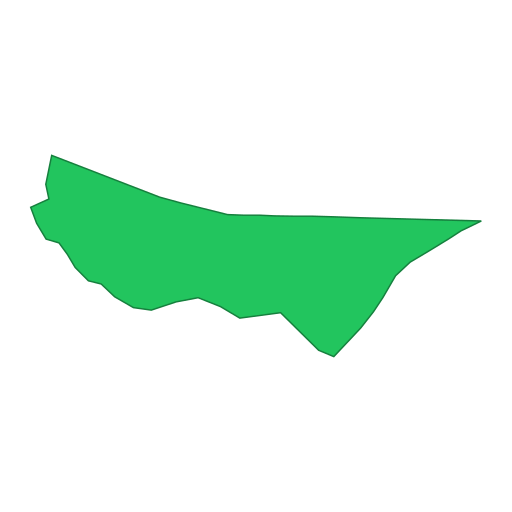 outline of General Maynard, Sergipe, Brazil
{"feature_id": "56859067B22941727243395", "entity_name": "General Maynard", "entity_type": "district", "adm_level": 2, "iso_a3": "BRA", "parent_name": "Brazil", "parent_adm1": "Sergipe", "projection": "robinson", "projection_center": [-36.973, -10.693], "detail": "fine", "context": "isolated", "style": "filled", "palette": "green", "viewbox_px": 512, "rotation_deg": 0, "n_neighbors": 0, "source": "geoboundaries", "source_scale": "gbopen_adm2", "svg_char_len": 613}
<svg xmlns="http://www.w3.org/2000/svg" viewBox="0 0 512 512"><path d="M51.7,155.4L45.8,184.3L48.9,199.0L30.7,207.3L36.6,223.2L46.1,239.1L59.0,242.9L67.4,254.4L75.2,267.5L88.4,280.8L101.2,284.0L114.7,296.8L133.4,307.6L151.3,310.1L176.0,301.9L198.1,297.7L220.5,306.6L239.8,318.1L280.6,312.7L318.7,350.3L333.8,356.6L360.7,328.0L373.5,311.7L382.8,297.7L395.6,275.7L410.2,262.1L429.5,250.6L448.8,238.8L461.1,230.8L481.3,221.0L361.8,217.8L332.7,216.8L311.7,216.2L293.8,216.2L274.5,215.9L259.4,215.2L243.4,215.2L227.5,214.6L180.2,202.8L159.5,197.1L51.7,155.4Z" fill="#22c55e" stroke="#15803d" stroke-width="1.5"/></svg>